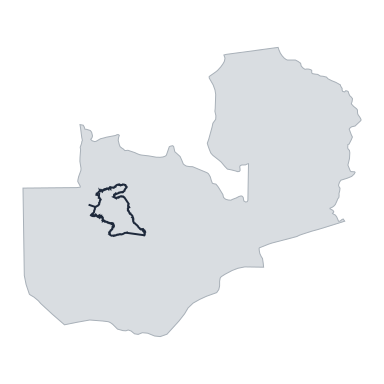 Mufumbwe, North-Western, Zambia shown in context
{"feature_id": "96606910B54849868159577", "entity_name": "Mufumbwe", "entity_type": "district", "adm_level": 2, "iso_a3": "ZMB", "parent_name": "Zambia", "parent_adm1": "North-Western", "projection": "orthographic", "projection_center": [25.2, -13.766], "detail": "fine", "context": "in_parent", "style": "outline", "palette": "slate", "viewbox_px": 384, "rotation_deg": 0, "n_neighbors": 0, "source": "geoboundaries", "source_scale": "gbopen_adm2", "svg_char_len": 9228}
<svg xmlns="http://www.w3.org/2000/svg" viewBox="0 0 384 384"><path d="M263.6,267.2L244.7,266.9L237.8,268.3L232.1,270.5L225.3,274.1L221.3,276.6L220.2,278.0L219.6,281.2L219.6,286.0L218.8,289.5L216.7,292.6L206.4,296.3L199.7,299.4L193.1,303.1L188.1,307.9L184.6,313.8L178.9,321.1L167.0,334.2L160.2,336.6L154.6,336.0L147.7,333.2L142.3,332.7L138.2,334.4L134.5,333.8L131.1,331.0L128.2,330.0L125.9,330.8L122.9,330.6L117.5,329.1L112.8,324.4L110.2,322.5L108.3,321.7L102.6,321.0L89.7,320.0L76.3,322.4L64.5,324.8L52.5,314.4L40.7,303.5L38.3,300.7L33.8,297.0L30.7,295.2L29.4,294.3L26.1,284.5L24.3,275.5L23.0,188.1L76.7,187.6L80.2,187.2L80.3,186.3L77.8,181.6L77.9,180.0L78.6,176.8L80.9,170.4L81.0,168.3L79.9,161.4L80.0,157.6L80.6,149.8L80.2,147.2L81.5,143.7L81.9,141.4L82.4,140.4L81.8,137.7L80.6,128.5L80.0,124.6L83.2,125.2L84.3,127.1L84.9,129.2L86.4,129.3L90.3,130.5L91.6,132.2L92.5,135.9L92.0,137.8L90.7,139.3L92.0,140.7L94.6,141.6L96.1,141.3L100.4,138.8L104.4,137.8L106.4,137.2L115.4,135.5L117.2,134.6L118.4,134.6L119.3,135.3L118.5,137.9L118.2,140.3L119.3,144.7L120.1,146.7L122.0,148.2L123.3,149.0L124.9,150.6L127.9,150.3L134.8,152.6L136.9,153.6L139.7,154.7L141.8,155.1L148.8,155.9L156.2,157.2L160.1,157.3L162.8,157.0L164.7,156.4L165.9,155.7L166.4,155.1L169.3,146.7L170.7,146.1L172.6,145.7L173.6,146.4L174.8,151.7L180.1,156.5L181.9,160.5L183.3,164.0L184.4,164.9L186.4,166.1L189.7,166.6L192.6,166.7L207.0,172.7L208.5,173.8L210.3,176.9L211.3,180.5L212.4,183.3L214.2,183.8L215.9,184.1L217.5,186.0L218.7,187.7L222.9,194.6L223.5,197.4L225.5,199.2L228.3,200.0L230.9,200.2L232.4,199.4L236.1,198.0L239.0,196.5L241.1,195.9L242.3,196.3L243.2,197.4L243.8,200.9L245.8,202.1L247.3,201.6L247.9,200.3L247.9,199.6L248.5,163.7L247.2,164.0L245.5,164.9L241.7,165.0L240.2,165.7L239.7,166.9L240.0,168.4L240.1,170.4L239.5,171.3L237.8,171.7L235.4,170.9L231.0,169.8L227.4,169.1L224.8,166.4L221.3,162.2L219.0,160.2L213.4,155.8L212.5,155.0L210.8,153.0L209.4,149.6L208.0,145.7L207.3,143.2L208.7,139.4L212.1,127.0L212.9,123.2L215.7,119.3L215.9,115.8L214.9,111.2L215.2,108.7L215.7,94.5L215.0,90.0L213.2,85.0L209.2,78.0L209.2,76.5L215.5,72.1L217.5,70.5L220.8,66.9L223.0,63.8L224.4,61.3L225.0,58.1L223.9,55.0L226.1,54.4L278.1,47.4L278.8,49.6L280.3,53.1L282.1,55.8L284.2,58.1L286.1,59.5L287.4,60.0L295.3,60.0L298.2,61.5L300.6,63.3L301.2,66.0L302.8,67.8L304.6,69.1L305.3,69.3L306.6,69.0L308.8,69.1L310.7,69.7L311.7,70.3L311.7,72.6L312.3,73.6L315.0,74.1L317.7,74.4L320.3,76.0L323.2,76.3L326.5,77.1L328.0,78.8L331.5,80.6L335.7,82.3L340.4,84.9L340.5,85.7L341.3,87.2L342.1,88.3L342.1,89.9L342.5,91.3L343.7,91.7L344.7,91.9L345.6,90.8L346.9,90.9L348.2,91.6L348.7,93.3L349.7,95.6L351.4,97.2L352.5,98.7L352.1,101.4L351.3,103.9L353.6,106.4L356.6,108.8L357.4,109.9L357.6,113.4L358.0,114.6L360.0,117.5L361.0,119.4L360.9,120.5L355.1,126.0L351.6,126.8L350.1,127.9L349.2,129.1L351.3,134.8L352.4,137.0L351.3,139.7L349.0,144.2L347.9,144.5L347.7,148.0L348.3,149.3L349.4,150.3L349.8,152.7L349.5,158.5L347.9,165.1L350.3,171.0L351.1,171.6L354.6,171.8L355.1,172.3L354.3,173.9L351.7,176.4L347.3,178.2L340.9,180.2L339.5,182.2L338.5,185.2L339.2,187.1L340.0,188.1L339.7,190.8L339.0,193.5L339.1,195.8L338.8,197.7L337.9,198.6L336.7,201.5L335.3,204.5L334.2,205.8L332.5,207.1L330.0,208.2L330.0,208.8L332.8,210.3L333.5,211.2L333.8,211.9L332.5,213.4L333.8,214.3L335.4,215.1L336.8,217.1L338.4,220.9L338.7,221.3L339.2,221.3L340.2,221.0L342.0,219.5L343.2,219.0L344.7,221.2L318.0,229.5L311.7,231.2L302.4,234.2L299.3,235.3L296.9,236.5L272.1,243.0L268.2,244.3L259.4,247.8L259.1,248.4L259.2,250.1L259.8,253.5L261.3,256.7L262.5,258.5L263.2,263.1L263.6,267.2Z" fill="#d9dde1" stroke="#a8b0b8" stroke-width="1"/><path d="M91.2,214.8L90.9,215.3L91.0,215.4L91.4,215.5L91.9,215.8L92.0,215.7L92.4,215.9L93.0,215.5L93.2,215.4L93.4,216.1L93.8,216.1L94.1,215.6L94.7,216.0L94.9,215.8L95.3,215.8L94.9,215.3L95.4,215.0L95.5,214.7L95.4,214.6L95.6,214.4L95.9,214.6L96.0,215.1L96.5,215.3L96.9,215.9L97.1,216.1L97.6,216.2L97.4,216.6L97.5,216.7L97.9,216.4L98.0,216.7L98.3,216.9L98.3,216.7L98.5,216.7L98.6,216.2L98.3,216.0L98.7,215.7L98.8,216.1L99.1,216.1L99.3,215.9L99.3,216.3L99.2,216.3L99.2,216.8L99.8,217.7L100.2,217.2L99.8,217.2L99.6,216.6L99.6,216.3L100.0,216.4L100.0,216.2L100.5,216.2L100.5,215.9L100.8,215.9L100.9,216.3L101.2,216.1L101.2,216.4L101.5,216.6L101.7,216.9L101.9,216.9L101.9,217.2L102.2,217.1L102.2,217.8L102.3,217.9L102.5,217.7L102.8,217.8L102.9,219.3L102.7,219.6L102.5,220.0L103.0,220.1L103.0,220.3L102.9,220.5L103.4,220.6L103.3,220.9L103.7,220.7L104.1,220.7L104.1,221.0L104.4,221.3L104.5,221.2L104.7,221.6L105.1,221.5L105.3,221.6L105.5,221.4L106.1,221.7L106.2,221.9L107.2,221.9L107.7,222.2L107.7,222.5L108.2,222.5L108.3,222.7L108.5,222.6L109.0,222.8L109.3,223.2L109.8,222.9L110.5,223.2L110.9,223.1L111.1,223.5L111.3,223.3L111.7,223.5L111.6,223.3L111.7,223.2L112.0,223.4L112.3,223.2L112.5,223.4L113.1,223.5L113.1,223.9L112.9,223.9L112.7,224.1L113.2,224.1L113.2,224.5L113.7,225.0L113.4,225.4L113.9,225.6L113.9,226.1L113.4,226.2L113.2,226.3L113.3,226.5L113.2,226.7L113.3,227.1L112.9,227.1L113.0,227.3L112.6,227.6L112.6,228.0L112.2,228.3L112.2,229.3L111.7,229.6L111.5,229.9L110.8,230.2L110.8,230.7L110.2,231.1L109.8,231.6L109.5,232.7L109.3,232.7L109.5,233.2L109.3,233.6L109.7,233.6L109.5,234.1L109.6,234.5L110.2,234.8L110.4,235.1L111.5,235.7L113.0,235.6L113.4,235.8L113.5,235.6L114.1,235.8L114.4,235.4L115.1,235.3L115.6,235.5L116.7,234.9L117.7,234.8L117.7,234.6L118.1,234.6L118.4,234.5L118.9,234.6L119.4,234.2L120.2,234.3L120.4,234.2L120.7,234.4L121.4,234.3L121.6,234.4L121.8,234.3L122.7,234.1L124.9,232.9L126.3,232.9L126.6,232.8L126.8,232.6L127.0,232.5L127.2,232.9L144.0,235.2L144.2,235.4L144.4,235.3L144.7,234.7L144.8,233.7L144.5,233.4L144.8,232.7L144.3,232.3L144.1,232.1L144.3,231.9L144.0,231.7L144.3,231.5L144.5,231.5L144.2,231.1L144.4,230.9L144.7,230.9L144.6,230.7L143.8,230.8L143.4,230.6L142.9,230.5L142.8,230.1L143.5,229.6L143.0,229.0L141.9,229.3L141.7,229.1L141.4,229.1L141.0,229.5L140.0,228.9L139.6,228.1L138.6,227.5L137.9,226.1L137.4,225.8L136.8,225.0L136.1,224.6L135.2,223.5L134.9,223.5L134.6,223.2L134.1,223.1L133.5,222.0L133.5,221.6L133.2,221.3L133.1,220.6L133.4,220.0L133.4,219.8L133.1,219.5L133.2,219.4L133.2,218.9L133.3,218.3L133.1,217.9L132.8,217.9L132.8,217.7L132.5,217.5L132.7,217.4L132.5,216.8L132.6,216.6L132.6,216.3L131.8,215.1L131.4,214.9L131.2,214.6L130.5,213.9L130.2,213.8L130.2,213.6L129.8,213.7L129.7,213.5L129.8,213.4L129.6,213.3L129.4,212.6L129.1,212.1L129.1,211.9L128.8,211.6L128.3,211.1L128.3,210.7L128.2,210.6L128.3,210.5L127.9,210.2L128.0,209.8L128.0,209.5L127.9,209.5L127.9,209.1L128.0,208.5L127.9,208.3L128.1,208.1L128.1,207.8L128.4,207.5L129.2,207.3L128.7,206.3L128.1,206.1L128.1,205.0L128.4,204.6L128.4,204.3L128.7,203.9L124.3,197.3L123.6,197.2L123.3,196.9L123.2,196.5L122.6,196.4L122.4,196.6L121.6,196.6L121.1,196.2L120.9,196.4L119.5,196.7L119.5,196.8L119.1,196.9L119.1,197.3L118.8,197.5L118.5,197.5L118.1,197.4L118.0,197.6L117.8,197.5L117.6,197.6L117.2,197.5L116.7,197.8L116.6,198.0L116.4,198.4L113.7,197.0L114.0,196.9L114.1,196.4L114.3,196.2L114.2,196.1L114.4,195.9L114.1,195.7L114.0,195.4L114.0,195.1L114.3,194.8L114.2,194.8L114.2,194.6L114.7,194.4L115.0,194.3L115.0,194.1L115.3,193.8L115.9,193.9L116.0,193.6L116.5,194.0L117.3,193.5L117.6,193.5L118.3,193.1L118.6,193.1L118.8,192.8L119.0,192.9L119.8,192.4L120.2,192.5L120.3,192.4L120.9,192.2L121.5,192.3L121.5,192.1L122.2,192.1L122.3,192.0L122.6,192.2L122.8,192.1L123.1,192.1L123.5,191.6L123.7,191.3L124.5,190.8L124.6,189.9L125.1,189.4L125.1,189.1L125.4,188.6L126.6,187.4L126.6,186.7L125.8,186.1L125.7,185.7L125.3,185.5L125.3,185.0L124.6,184.9L124.2,184.6L123.5,184.5L123.0,184.7L122.6,184.5L122.0,185.0L121.2,185.0L120.9,185.3L120.6,185.4L120.4,185.1L120.0,185.1L119.8,184.9L119.7,184.6L119.5,184.4L119.0,184.4L118.8,184.7L118.5,184.7L118.5,184.9L117.8,184.8L117.3,184.8L116.3,185.3L116.2,185.5L115.8,185.9L115.8,186.1L115.5,186.3L115.5,186.5L115.3,186.5L115.1,186.7L114.8,186.7L114.8,186.9L114.7,186.9L114.6,187.2L114.2,187.4L113.8,187.8L113.6,187.8L113.5,187.6L113.3,187.6L113.1,187.5L112.9,187.6L112.4,187.5L112.1,187.6L111.5,187.5L111.3,187.6L110.7,187.1L110.2,187.1L110.2,187.3L110.4,187.4L110.4,187.9L110.2,187.6L109.9,187.8L109.9,188.2L109.6,187.9L109.3,188.2L109.1,188.1L108.7,188.3L108.7,188.6L108.3,188.7L108.3,189.1L107.6,188.6L106.9,188.9L106.7,188.5L106.1,188.8L106.0,189.3L105.8,189.5L105.5,189.5L105.5,189.2L105.1,189.0L104.7,189.1L104.3,189.3L104.5,189.6L104.3,189.7L104.3,189.9L103.9,189.9L103.8,190.1L103.0,190.0L102.7,190.2L102.4,190.3L102.8,190.8L102.5,191.0L102.5,190.7L102.2,190.6L102.0,190.9L102.0,191.1L101.3,190.5L101.3,190.1L101.0,189.9L100.8,190.2L101.0,190.5L100.5,190.5L100.3,190.9L100.0,190.6L100.1,191.0L99.7,191.1L99.5,191.4L98.8,191.7L98.3,192.5L98.5,192.9L97.9,192.9L97.2,193.5L96.7,193.5L96.6,193.9L97.0,193.8L97.2,194.4L96.9,194.9L97.8,195.0L98.4,195.6L98.8,195.5L99.0,195.3L98.8,197.8L99.5,197.8L100.0,198.9L100.5,199.2L100.7,199.6L99.9,200.7L99.7,202.1L99.4,202.6L99.1,202.8L99.1,203.3L99.3,203.8L99.0,204.6L98.4,205.0L98.0,205.6L95.9,206.6L95.3,207.4L94.8,206.8L88.6,204.7L94.8,206.8L95.3,207.4L95.1,207.6L94.9,208.3L94.8,209.4L94.2,210.5L94.1,211.7L93.8,212.5L93.6,212.8L92.9,213.3L92.8,213.5L92.4,213.6L91.8,214.3L91.2,214.8Z" fill="none" stroke="#1e293b" stroke-width="2"/></svg>